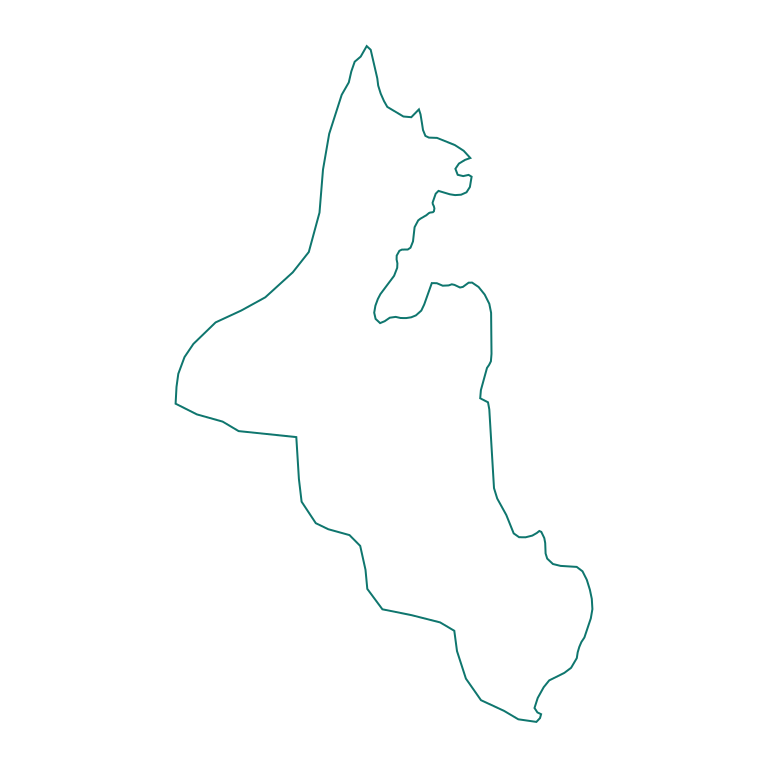 Mandiana, Equal Earth projection
{"feature_id": "GIN-5654", "entity_name": "Mandiana", "entity_type": "Prefecture", "adm_level": 1, "iso_a3": "GIN", "parent_name": "Guinea", "parent_adm1": "", "projection": "equal_earth", "projection_center": [-8.495, 10.8], "detail": "fine", "context": "isolated", "style": "outline", "palette": "teal", "viewbox_px": 768, "rotation_deg": 0, "n_neighbors": 0, "source": "natural_earth", "source_scale": "10m", "svg_char_len": 2157}
<svg xmlns="http://www.w3.org/2000/svg" viewBox="0 0 768 768"><path d="M584.4,637.5L581.4,642.0L579.3,646.9L577.7,652.3L576.8,658.1L571.1,667.8L564.3,672.9L549.2,680.4L543.7,687.2L537.7,698.0L534.5,708.0L537.4,712.4L541.1,714.2L540.0,718.1L536.4,721.9L518.3,719.3L504.1,710.9L481.0,700.2L465.9,678.6L457.0,651.1L454.3,630.8L440.1,622.4L411.7,615.2L382.4,609.3L367.3,588.9L365.5,569.8L360.2,545.9L349.5,535.1L328.2,529.2L315.8,523.2L301.6,501.7L298.9,478.9L296.3,437.1L238.6,431.1L222.6,421.6L196.9,414.4L175.6,403.7L176.5,386.9L178.3,373.8L184.5,357.1L193.4,343.9L215.6,322.4L241.3,310.5L265.3,297.3L292.8,272.3L308.8,252.0L319.5,212.6L323.0,169.6L329.2,133.8L341.7,94.8L348.8,82.4L351.3,71.5L354.7,61.7L360.7,56.6L366.7,46.1L370.7,49.8L377.3,78.4L378.2,85.6L380.7,93.6L384.0,101.1L387.3,106.9L403.4,116.5L411.3,117.2L418.9,109.4L420.5,114.3L421.9,122.8L423.0,130.0L425.4,135.9L428.9,137.6L437.0,137.9L454.9,145.1L463.7,150.8L470.3,158.0L465.0,159.9L458.9,163.6L455.4,168.8L457.7,174.8L463.2,176.1L468.6,174.9L471.6,176.7L469.9,187.0L466.5,192.3L461.1,194.7L455.1,195.1L449.9,194.3L438.5,190.9L435.7,193.7L432.6,202.6L432.8,204.1L433.8,206.1L434.4,208.4L433.9,211.3L432.9,212.2L430.0,212.6L428.9,213.1L426.4,215.2L420.4,218.7L418.2,220.4L414.6,227.2L413.0,241.4L410.5,247.7L407.8,249.5L401.9,249.6L399.4,250.8L396.7,255.6L396.6,259.5L397.4,263.3L397.2,267.8L394.1,275.8L380.4,294.1L377.8,299.1L375.4,305.7L374.2,312.7L375.6,318.9L380.1,323.1L384.7,321.2L389.8,317.7L395.7,316.9L400.6,318.0L406.0,318.1L411.2,317.3L415.9,315.4L421.3,310.6L424.2,304.5L431.8,283.1L436.8,283.2L442.7,285.7L448.7,285.4L451.8,284.3L454.5,284.9L460.0,287.5L462.9,286.9L468.6,282.7L472.1,282.6L478.6,287.0L484.7,294.6L489.3,303.8L491.1,312.8L491.5,353.9L490.9,361.3L489.1,364.9L487.0,367.9L480.9,390.1L480.2,398.3L488.0,402.3L489.3,409.4L494.0,488.1L497.2,498.5L506.3,515.0L513.7,533.4L519.1,537.2L525.5,537.3L532.3,535.6L536.8,533.0L539.3,531.0L541.3,531.9L544.3,538.1L545.2,543.0L545.6,553.5L547.2,558.6L552.9,564.0L560.6,565.9L576.7,566.9L582.5,571.3L586.8,579.8L589.9,589.8L591.8,598.9L592.4,609.1L590.8,618.4L584.4,637.5Z" fill="none" stroke="#0f766e" stroke-width="2"/></svg>